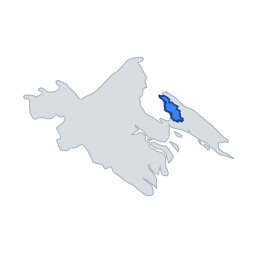 Khagrachhari, Chittagong, Bangladesh (highlighted), rotated 316°
{"feature_id": "16705992B35326431749719", "entity_name": "Khagrachhari", "entity_type": "district", "adm_level": 2, "iso_a3": "BGD", "parent_name": "Bangladesh", "parent_adm1": "Chittagong", "projection": "natural_earth1", "projection_center": [91.852, 23.211], "detail": "fine", "context": "in_parent", "style": "filled", "palette": "blue", "viewbox_px": 256, "rotation_deg": 316, "n_neighbors": 0, "source": "geoboundaries", "source_scale": "gbopen_adm2", "svg_char_len": 7319}
<svg xmlns="http://www.w3.org/2000/svg" viewBox="0 0 256 256"><g transform="rotate(316 128 128)"><path d="M92.4,180.4L92.4,174.4L88.8,162.6L89.0,161.3L88.3,155.7L87.4,152.5L87.0,149.2L89.1,144.3L88.3,143.6L83.5,142.1L83.0,140.8L84.0,136.1L80.6,131.6L79.3,128.3L83.0,117.4L84.0,109.9L83.7,108.5L81.5,106.8L77.5,106.1L74.8,104.7L73.1,102.6L71.7,101.7L70.0,102.3L67.9,101.5L66.0,99.4L64.5,96.8L65.1,94.0L68.1,87.4L69.2,87.2L71.6,88.4L72.6,88.4L74.2,85.8L76.6,78.3L84.6,79.0L86.5,78.7L88.5,78.1L89.6,77.2L90.2,76.0L90.0,75.0L87.5,73.5L86.6,72.5L85.9,69.5L85.2,68.4L80.4,68.2L77.9,66.8L76.5,65.6L74.1,61.5L71.1,58.5L68.2,57.8L67.1,56.8L66.5,55.2L66.9,53.0L68.4,48.7L76.4,39.4L76.6,38.3L76.3,37.1L74.0,35.6L73.9,34.9L74.5,33.0L75.9,32.7L78.6,34.5L81.3,37.4L83.0,39.9L83.0,41.9L85.2,42.3L87.0,43.2L88.9,43.0L90.1,43.5L90.9,43.3L91.2,42.1L89.7,39.2L90.4,38.0L92.3,38.0L93.6,39.1L94.5,41.4L94.7,44.9L96.8,48.1L99.6,50.3L101.8,51.4L104.5,52.1L106.7,51.4L107.9,49.2L107.4,47.2L107.8,45.4L108.7,44.4L110.1,44.5L111.2,45.9L114.2,53.5L113.6,56.9L114.2,66.1L113.4,72.2L113.9,74.5L114.4,74.9L119.1,76.0L125.9,78.4L131.0,79.3L154.5,78.7L159.6,79.9L175.3,79.0L179.6,80.9L184.2,84.0L186.8,86.4L187.3,87.7L187.0,88.9L186.1,89.5L184.5,89.5L180.8,88.0L180.2,88.5L180.2,92.1L177.2,101.2L176.7,104.1L175.7,105.2L172.6,105.8L170.5,111.1L169.7,111.7L167.7,110.6L166.4,110.8L164.8,111.3L163.2,112.5L162.1,114.0L160.9,114.5L156.5,114.4L155.7,116.9L152.8,120.1L150.8,128.7L150.9,131.3L153.4,138.2L155.0,147.1L155.7,148.0L156.5,148.0L156.6,144.0L157.4,143.4L158.4,143.9L160.5,149.4L161.6,150.8L163.4,151.2L165.5,150.3L167.1,148.7L167.7,147.0L167.2,141.0L168.2,138.6L171.7,135.0L172.2,133.9L172.0,127.9L173.3,127.7L175.2,128.1L177.4,126.7L178.1,126.7L179.1,128.2L180.7,128.0L183.2,139.8L183.4,148.2L183.9,152.8L184.8,153.9L187.5,160.9L190.1,185.4L190.4,201.0L191.5,206.3L190.6,207.5L189.7,207.7L188.9,205.9L183.1,201.9L181.7,202.3L179.7,204.6L178.9,206.7L179.3,209.7L179.9,212.7L181.3,214.4L181.4,216.2L183.0,223.2L182.5,223.3L179.4,216.9L175.5,210.6L174.3,199.4L174.2,193.8L171.6,187.3L169.1,175.9L170.2,171.9L168.3,173.6L165.5,166.8L161.0,160.1L159.6,157.2L159.6,154.3L157.6,157.2L155.0,159.2L152.3,162.3L150.5,163.2L144.8,163.8L141.5,159.7L136.8,149.7L136.2,147.4L136.9,141.5L135.7,135.9L135.4,131.0L134.6,131.4L134.3,132.8L134.4,134.9L134.1,136.6L126.2,135.5L129.6,138.4L133.2,139.1L135.1,141.7L135.2,146.1L131.6,148.7L131.9,150.9L134.0,153.6L131.5,154.4L130.8,156.2L130.7,158.7L132.4,162.5L132.1,164.0L135.1,169.1L135.7,171.5L134.9,174.9L128.5,181.9L126.6,186.8L125.0,189.1L123.0,189.5L120.6,187.2L120.5,184.8L121.0,182.9L124.4,178.3L122.6,178.9L117.3,182.7L116.3,179.6L115.7,176.8L115.7,173.3L118.2,168.1L115.4,170.7L114.6,173.9L114.9,177.7L114.5,180.5L113.4,184.0L111.9,186.1L109.4,187.5L108.3,189.6L106.6,191.1L106.1,184.0L104.3,174.4L103.9,176.4L104.8,182.4L104.8,186.3L103.4,189.3L100.7,192.6L98.6,193.1L97.4,192.6L93.5,187.6L93.2,183.0L92.4,180.4ZM140.1,180.5L135.3,181.7L132.9,181.3L137.5,172.7L137.3,168.8L136.6,165.6L134.3,163.1L134.2,161.3L133.1,158.8L132.6,155.9L135.2,155.0L137.3,156.7L138.0,159.9L139.0,162.4L142.7,167.5L142.6,170.6L141.6,178.2L140.1,180.5ZM150.5,177.7L147.5,180.0L148.5,166.3L150.7,171.4L151.2,174.1L150.5,177.7ZM161.7,170.9L160.4,171.8L159.2,171.0L157.7,167.8L158.4,163.7L158.9,163.1L160.8,167.3L161.7,170.9ZM172.6,199.7L170.9,199.8L170.1,198.8L170.4,197.5L170.0,193.0L172.1,192.6L172.9,196.3L172.6,199.7ZM170.7,187.3L169.5,191.7L169.0,189.7L169.8,185.9L170.7,187.3ZM136.4,151.7L136.9,153.1L134.2,151.3L133.5,150.0L134.7,149.3L136.4,151.7Z" fill="#d9dde1" stroke="#a8b0b8" stroke-width="1"/><path d="M171.9,160.8L172.2,160.8L172.4,160.7L172.9,160.7L173.0,159.8L173.7,159.7L173.8,159.7L174.0,159.5L173.8,158.9L173.3,157.5L173.2,157.2L173.3,156.6L173.3,156.1L173.7,155.9L174.0,155.7L174.1,155.4L174.3,154.7L174.5,154.3L175.1,154.3L175.4,154.0L175.6,153.7L175.7,153.0L175.9,152.7L176.2,152.4L177.1,152.0L177.2,151.9L176.8,150.4L175.9,148.1L176.2,148.0L177.1,147.9L177.8,147.3L177.8,147.5L178.6,147.4L178.9,147.1L178.2,145.5L178.0,144.8L177.8,144.3L177.6,143.7L177.5,143.1L177.4,141.7L177.4,140.0L175.9,138.9L175.3,138.4L176.4,137.4L177.3,136.9L177.6,136.5L177.7,136.3L177.4,133.2L177.1,132.1L176.5,130.3L176.0,129.1L175.8,129.1L175.7,129.2L175.3,129.1L175.2,129.2L174.9,128.9L174.6,128.8L174.6,128.7L174.4,128.7L174.2,128.6L174.1,128.4L173.9,128.4L173.9,128.1L173.8,127.8L173.8,127.7L173.6,127.4L173.5,126.9L173.5,126.7L173.4,126.6L173.3,126.3L173.0,126.4L172.9,126.3L172.7,126.4L172.7,126.5L172.5,127.0L172.6,127.3L172.6,127.5L172.8,127.5L172.3,127.6L172.3,127.8L172.2,127.8L172.3,128.2L172.2,128.3L172.3,128.4L172.3,128.5L172.3,128.8L172.4,129.0L172.5,129.2L172.4,129.3L172.5,129.5L172.3,129.6L172.4,129.8L172.5,129.8L172.5,130.0L172.6,130.3L172.7,130.6L172.7,131.0L172.7,131.3L172.7,131.5L172.8,131.6L172.8,131.8L172.7,132.1L172.8,132.3L173.0,132.8L172.9,132.9L172.7,133.2L172.8,133.4L173.0,133.4L172.9,133.4L173.0,133.5L173.1,133.9L173.1,134.0L173.2,134.3L173.1,134.6L173.1,134.8L173.0,134.7L172.8,134.7L172.8,134.9L172.7,134.8L172.5,135.0L172.4,135.1L172.2,135.1L172.2,135.4L172.3,135.6L172.4,136.1L172.2,136.2L171.8,136.2L171.7,136.0L171.4,136.1L171.2,136.0L171.1,136.3L170.9,136.2L170.9,136.3L170.5,136.6L170.5,136.8L170.3,136.9L170.1,137.1L169.9,137.1L169.7,137.2L169.7,137.3L169.6,137.7L169.4,137.7L169.5,138.3L169.3,138.3L169.3,138.5L169.2,138.4L169.1,138.5L169.1,138.9L168.9,139.1L168.7,139.1L168.6,139.3L168.6,139.5L168.4,139.5L168.2,139.6L168.0,139.8L167.9,140.0L167.7,140.1L167.5,140.3L167.4,140.3L167.5,140.4L167.4,140.5L167.4,140.8L167.3,141.0L167.4,141.4L167.5,141.5L167.8,141.6L167.8,141.8L167.7,141.9L167.8,141.9L167.8,142.0L167.7,142.0L167.8,142.1L167.9,142.3L167.8,142.5L168.0,142.5L168.0,142.8L168.1,143.0L168.2,143.3L168.2,143.5L168.1,143.8L168.3,144.0L168.3,144.3L168.6,144.6L168.6,144.8L168.7,145.0L168.6,145.3L168.7,145.5L168.8,145.7L168.8,145.8L168.7,145.7L168.6,146.0L168.8,146.1L168.7,146.4L168.8,146.4L168.7,146.5L168.8,146.6L168.9,146.8L168.9,147.1L169.0,147.3L169.0,147.2L169.3,147.3L169.3,147.5L169.2,147.5L169.0,147.9L168.9,147.8L168.9,148.0L168.7,148.2L168.8,148.3L168.6,148.3L168.4,148.3L168.2,148.3L168.3,148.3L168.3,148.2L168.1,148.2L168.1,148.3L168.0,148.2L167.7,148.2L167.7,148.3L167.8,148.5L167.9,148.9L167.9,149.0L168.0,149.1L168.0,149.3L167.9,149.4L167.9,149.5L167.7,149.6L167.7,149.4L167.7,149.2L167.6,149.4L167.3,149.5L167.1,149.8L166.9,150.1L166.9,150.3L166.4,150.5L166.2,150.9L166.1,151.0L166.2,151.4L166.1,151.5L166.3,151.9L166.4,152.0L166.4,152.3L166.5,152.5L166.4,152.5L166.3,153.0L166.2,153.3L166.3,153.5L166.1,154.0L166.2,154.3L166.4,154.5L166.5,154.5L166.4,154.7L166.6,154.7L166.8,154.7L167.0,154.9L167.2,155.0L167.2,155.3L167.2,155.6L167.3,155.8L167.5,156.0L167.4,156.2L167.5,156.5L167.7,156.8L167.7,157.3L168.0,157.6L168.1,157.8L168.3,157.9L168.2,158.1L168.3,158.1L168.4,157.8L168.5,157.8L168.5,157.5L168.6,157.4L168.8,157.3L169.0,157.4L169.4,157.4L169.4,157.5L169.3,157.8L169.5,157.7L169.5,157.8L169.7,158.0L169.9,158.1L169.8,157.9L170.0,157.8L170.0,158.0L169.9,158.3L170.0,158.5L170.3,158.3L170.5,158.2L170.8,158.2L170.9,158.3L170.9,158.5L171.0,158.6L170.9,158.7L170.7,158.7L170.5,159.8L170.7,160.5L170.9,160.5L171.1,160.6L171.3,160.6L171.4,160.4L171.6,160.5L171.8,160.4L172.0,160.5L171.9,160.8Z" fill="#3b82f6" stroke="#1e3a8a" stroke-width="1.5"/></g></svg>